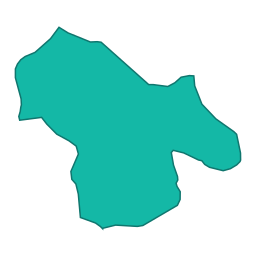 an SVG outline of Kohgiluyeh and Buyer Ahmad
{"feature_id": "IRN-3209", "entity_name": "Kohgiluyeh and Buyer Ahmad", "entity_type": "Province", "adm_level": 1, "iso_a3": "IRN", "parent_name": "Iran", "parent_adm1": "", "projection": "albers", "projection_center": [50.792, 30.816], "detail": "fine", "context": "isolated", "style": "filled", "palette": "teal", "viewbox_px": 256, "rotation_deg": 0, "n_neighbors": 0, "source": "natural_earth", "source_scale": "10m", "svg_char_len": 921}
<svg xmlns="http://www.w3.org/2000/svg" viewBox="0 0 256 256"><path d="M193.8,75.9L194.7,85.9L201.9,104.2L215.9,118.9L233.9,131.7L236.6,134.3L240.5,153.0L240.6,160.1L240.0,161.6L236.7,164.9L230.4,168.7L223.2,170.7L209.5,167.3L204.7,164.4L201.8,160.7L198.5,160.0L183.7,152.9L173.2,150.3L171.3,152.5L173.5,165.1L177.5,176.5L177.8,180.0L176.1,183.2L177.0,186.4L180.2,191.7L180.1,199.5L177.4,205.3L142.9,225.5L137.4,226.4L115.6,225.1L102.6,228.3L102.6,228.7L100.4,226.5L95.5,223.0L80.4,217.5L78.3,194.0L75.9,184.0L71.8,179.3L70.9,171.5L78.4,154.0L76.2,146.1L69.0,140.8L56.8,134.2L46.8,124.1L41.6,117.4L19.7,120.2L18.8,116.5L20.2,111.6L20.8,107.2L21.4,104.9L21.1,98.9L15.4,77.7L15.4,68.9L17.5,64.0L20.8,59.7L25.2,56.5L35.0,52.4L50.5,38.7L59.0,27.3L68.0,32.9L90.4,42.0L97.2,41.7L101.1,42.2L148.7,84.6L153.1,84.6L167.8,86.5L174.8,82.8L181.1,77.2L189.4,75.6L193.8,75.9Z" fill="#14b8a6" stroke="#0f766e" stroke-width="1.5"/></svg>